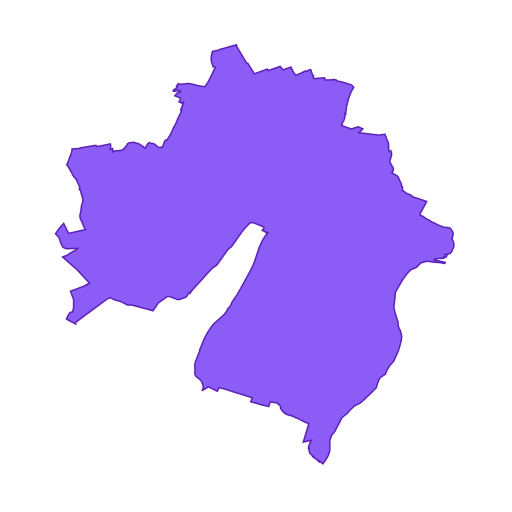 Meerssen, Limburg, Netherlands (Robinson projection), rotated 176°
{"feature_id": "6326949B43663423776688", "entity_name": "Meerssen", "entity_type": "district", "adm_level": 2, "iso_a3": "NLD", "parent_name": "Netherlands", "parent_adm1": "Limburg", "projection": "robinson", "projection_center": [5.761, 50.905], "detail": "fine", "context": "isolated", "style": "filled", "palette": "violet", "viewbox_px": 512, "rotation_deg": 176, "n_neighbors": 0, "source": "geoboundaries", "source_scale": "gbopen_adm2", "svg_char_len": 6038}
<svg xmlns="http://www.w3.org/2000/svg" viewBox="0 0 512 512"><g transform="rotate(176 256 256)"><path d="M319.3,125.3L318.6,125.8L312.5,128.8L304.1,123.8L303.0,125.4L302.0,127.4L293.4,124.3L289.3,122.5L270.2,115.1L269.6,114.7L271.5,111.0L260.4,107.0L253.8,104.9L252.1,109.5L244.9,107.8L244.6,106.9L242.4,105.2L242.1,104.1L242.1,101.9L241.6,101.4L241.2,100.6L240.3,99.9L240.5,99.6L240.1,99.2L239.7,98.3L238.1,97.4L237.8,97.0L238.0,96.9L237.6,96.5L237.2,96.8L236.9,96.1L236.3,95.7L234.7,95.2L233.6,94.5L233.3,94.8L232.9,94.6L232.2,94.6L231.2,93.9L231.0,93.5L229.4,93.1L227.3,91.6L226.0,91.3L218.9,86.9L215.0,85.1L221.8,67.1L213.6,68.3L214.5,66.9L215.5,65.1L216.5,63.0L216.9,61.6L217.1,60.1L216.3,60.2L216.5,58.7L216.5,57.2L215.9,55.4L215.2,54.5L212.4,51.7L213.1,51.6L208.7,47.8L206.8,45.5L207.2,47.1L203.8,44.0L200.9,47.4L198.0,51.7L196.0,56.3L195.2,66.8L193.2,71.7L189.5,75.6L187.1,79.8L184.3,84.1L181.5,88.9L176.4,92.3L172.6,96.0L168.4,99.5L162.6,101.9L158.1,105.2L149.5,112.4L145.2,116.2L143.2,121.6L140.8,125.9L135.3,129.0L133.0,133.5L129.9,137.7L125.8,141.6L123.3,146.5L120.7,151.2L118.9,156.0L117.2,161.0L116.2,165.6L117.1,170.9L118.9,175.9L119.0,180.4L121.3,190.1L122.1,195.2L120.2,205.1L119.5,210.1L113.3,219.3L110.2,223.6L106.7,227.6L102.6,231.5L96.7,233.5L92.2,237.5L85.8,238.9L78.8,237.4L73.2,236.6L68.1,235.4L67.7,236.4L78.7,239.8L78.5,240.3L77.0,240.6L74.7,240.8L68.8,240.6L68.5,240.9L68.9,241.9L68.5,242.4L66.3,241.6L65.5,243.6L67.0,244.2L65.9,244.5L64.8,244.4L63.2,244.6L62.0,245.2L60.9,246.3L60.1,247.4L58.3,250.9L57.7,253.2L57.9,254.1L57.8,254.4L57.9,256.2L59.0,258.4L59.2,259.2L59.0,259.5L59.1,260.2L57.9,263.4L57.7,264.4L58.4,267.1L59.4,268.6L60.0,269.9L61.6,270.7L67.1,271.8L68.6,272.6L70.2,273.1L71.4,273.9L72.2,274.2L75.2,276.2L78.1,277.6L80.7,279.7L82.9,280.8L86.5,283.8L88.3,284.8L89.8,285.9L81.9,298.5L96.2,304.4L96.0,304.6L96.8,305.6L98.2,306.5L101.4,308.0L102.8,309.0L103.5,310.1L105.6,311.5L105.0,313.7L105.0,314.3L106.0,316.1L105.9,317.3L106.2,318.4L107.9,322.5L108.1,323.1L108.0,323.3L108.7,325.0L109.2,325.7L109.9,326.3L114.8,329.5L113.3,331.3L113.0,332.1L112.9,333.4L113.1,334.6L113.8,335.7L115.9,340.6L115.7,341.7L114.0,346.3L113.6,348.4L113.6,349.0L114.3,351.1L114.1,351.3L115.0,351.3L115.7,350.9L116.2,352.4L116.0,357.8L116.1,360.0L117.3,362.7L118.1,366.0L119.0,368.5L124.9,368.0L144.8,371.8L140.5,375.3L145.0,377.8L152.1,376.1L161.3,380.0L160.2,383.4L159.1,384.6L158.0,387.4L157.4,389.9L157.3,392.0L156.5,391.3L156.3,391.5L156.6,392.9L155.5,396.5L155.7,397.4L153.2,405.1L152.3,407.5L149.4,413.6L146.7,417.5L148.7,419.9L155.2,422.6L163.7,425.3L163.5,425.9L166.7,426.9L167.1,426.4L174.7,426.7L175.1,429.0L185.9,428.9L186.3,429.4L186.5,430.4L186.0,431.6L187.0,433.1L187.2,433.8L187.9,435.5L187.9,437.1L188.8,438.3L193.1,436.6L193.5,437.2L196.8,436.0L196.6,435.8L203.8,433.5L206.2,437.6L208.0,442.1L216.0,439.8L218.7,443.5L230.8,440.1L231.7,441.7L244.9,437.8L250.8,448.9L251.7,448.7L261.1,467.3L260.6,467.6L260.8,468.0L265.6,467.1L276.0,464.9L276.4,465.0L279.2,464.0L280.8,463.6L285.0,463.2L285.7,461.7L286.8,457.5L287.0,455.7L286.9,453.2L285.6,447.7L284.2,447.6L283.5,447.4L283.4,447.2L288.4,438.3L292.1,432.3L295.3,428.4L301.5,429.8L303.9,430.7L310.6,432.7L311.9,432.8L318.8,432.6L320.8,433.0L321.5,433.4L323.3,431.2L322.6,430.9L322.6,430.5L322.8,430.1L324.8,428.4L326.7,427.4L327.1,426.5L326.9,426.1L326.5,425.9L325.1,426.0L322.8,427.0L320.9,426.3L319.7,425.5L319.8,425.1L320.1,424.8L320.9,424.3L322.4,425.1L325.8,421.5L323.1,420.1L320.6,419.2L320.9,416.7L322.1,415.2L319.2,413.6L318.2,414.6L317.4,414.4L320.5,407.9L320.0,407.8L320.8,406.5L320.1,406.2L321.4,403.3L321.6,403.3L324.7,398.1L324.4,398.0L328.9,390.1L329.1,390.2L332.6,383.6L336.9,377.6L337.9,378.0L338.7,376.9L339.1,377.0L341.8,370.8L342.4,371.2L345.3,371.0L346.5,371.8L349.0,374.4L350.4,375.2L353.3,375.9L354.5,376.6L356.3,375.4L356.9,374.3L357.8,373.6L357.9,372.5L358.3,371.8L358.9,371.3L364.5,375.8L370.2,378.0L374.2,377.8L376.3,376.9L377.3,375.3L379.5,373.1L379.4,372.8L382.7,370.8L389.8,370.6L391.6,369.9L391.5,373.2L394.0,372.6L393.2,375.6L393.5,378.0L406.8,376.2L408.0,377.6L423.9,376.1L423.9,375.6L432.1,375.6L432.3,373.6L432.8,372.1L438.1,360.5L438.5,360.1L438.0,359.8L436.3,356.6L434.3,352.4L432.4,348.0L432.0,347.4L430.7,346.3L430.4,345.3L430.1,345.2L427.0,336.9L427.0,336.4L427.1,336.0L427.8,335.1L426.6,333.6L426.3,332.6L425.9,330.0L425.1,326.9L424.8,325.2L424.8,323.8L425.0,322.4L426.5,318.6L427.2,314.8L428.8,308.7L428.8,306.5L428.7,305.4L427.4,302.5L425.7,297.1L424.2,294.3L441.4,291.6L445.6,301.9L449.8,297.9L454.3,292.4L454.1,291.6L452.3,289.6L451.3,288.1L450.8,286.7L450.0,283.0L448.4,278.9L447.7,278.0L446.0,277.0L443.6,276.4L433.3,276.1L433.5,275.6L440.9,271.9L444.2,270.0L449.0,268.5L435.3,254.6L424.1,240.7L427.6,238.9L427.3,238.7L443.5,233.8L441.1,225.6L441.0,224.9L441.7,216.2L443.2,212.8L444.7,212.8L445.6,212.5L447.8,209.6L449.5,206.2L440.6,200.7L440.7,201.9L439.4,203.1L408.8,222.7L407.4,223.5L405.8,224.2L403.5,224.4L402.2,223.3L400.9,222.6L399.1,221.7L394.3,220.1L387.4,216.0L383.5,215.8L366.9,210.1L362.6,208.5L356.7,216.0L347.5,221.6L346.3,221.8L344.8,221.5L337.9,218.3L336.7,217.9L335.1,218.0L329.1,219.7L328.4,220.2L327.8,220.8L326.0,223.2L325.6,224.1L324.2,223.4L323.7,224.4L321.8,226.6L301.5,246.0L299.8,247.3L296.2,249.4L295.2,250.3L284.0,263.9L282.9,265.0L280.7,266.4L279.4,267.5L268.4,281.0L264.8,284.8L260.3,288.9L259.4,289.3L258.4,289.6L256.3,289.4L246.4,284.5L246.0,284.0L245.9,283.6L248.0,281.1L245.0,279.5L245.0,279.3L244.0,278.4L243.1,278.9L242.3,278.4L245.1,275.8L245.3,275.4L247.4,272.6L249.6,269.2L252.2,264.3L258.3,249.5L259.6,246.9L262.2,242.4L274.8,222.8L277.5,218.8L282.8,212.1L285.4,207.6L287.0,206.0L288.1,205.4L288.0,204.5L291.4,200.2L302.9,191.2L306.0,187.9L309.9,182.7L312.3,178.9L313.8,176.3L318.2,167.4L318.6,166.4L318.8,165.3L324.0,154.3L324.7,151.1L324.9,145.6L325.2,143.2L325.0,141.8L324.7,140.9L324.0,139.8L321.2,137.3L320.1,136.1L319.3,135.0L318.1,132.8L318.5,132.7L318.1,131.5L317.7,129.7L317.9,127.8L319.3,125.3Z" fill="#8b5cf6" stroke="#5b21b6" stroke-width="1.5"/></g></svg>